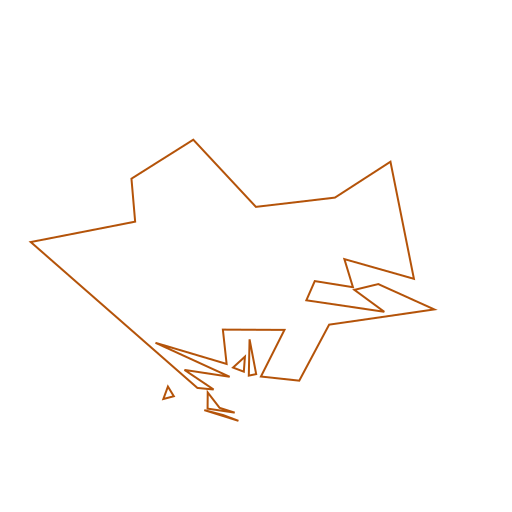 SVG path tracing the border of Nord-Trøndelag, rotated 230°
{"feature_id": "NOR-925", "entity_name": "Nord-Trøndelag", "entity_type": "County", "adm_level": 1, "iso_a3": "NOR", "parent_name": "Norway", "parent_adm1": "", "projection": "mercator", "projection_center": [11.396, 64.165], "detail": "coarse", "context": "isolated", "style": "outline", "palette": "amber", "viewbox_px": 512, "rotation_deg": 230, "n_neighbors": 0, "source": "natural_earth", "source_scale": "10m", "svg_char_len": 755}
<svg xmlns="http://www.w3.org/2000/svg" viewBox="0 0 512 512"><g transform="rotate(230 256 256)"><path d="M411.5,92.4L360.0,185.5L395.3,210.3L385.4,282.7L293.7,287.5L250.0,354.0L241.8,419.6L137.0,362.3L196.8,321.7L169.8,310.2L199.0,284.9L189.7,266.1L130.8,318.4L166.8,309.6L155.9,331.6L100.5,358.2L156.4,267.9L132.7,209.0L160.5,182.3L181.1,230.3L220.9,183.3L192.2,164.1L254.1,123.2L180.4,158.2L214.7,128.0L181.0,137.7L192.6,126.3L411.5,92.4ZM169.0,173.6L196.3,197.5L165.4,180.2L169.0,173.6ZM182.5,131.3L163.1,130.5L149.7,139.0L170.2,120.8L182.5,131.3ZM155.1,128.7L141.0,136.6L171.2,117.3L155.1,128.7ZM206.0,93.1L212.6,104.6L201.4,102.9L206.0,93.1ZM185.3,166.7L186.0,182.8L175.2,172.3L185.3,166.7Z" fill="none" stroke="#b45309" stroke-width="2"/></g></svg>